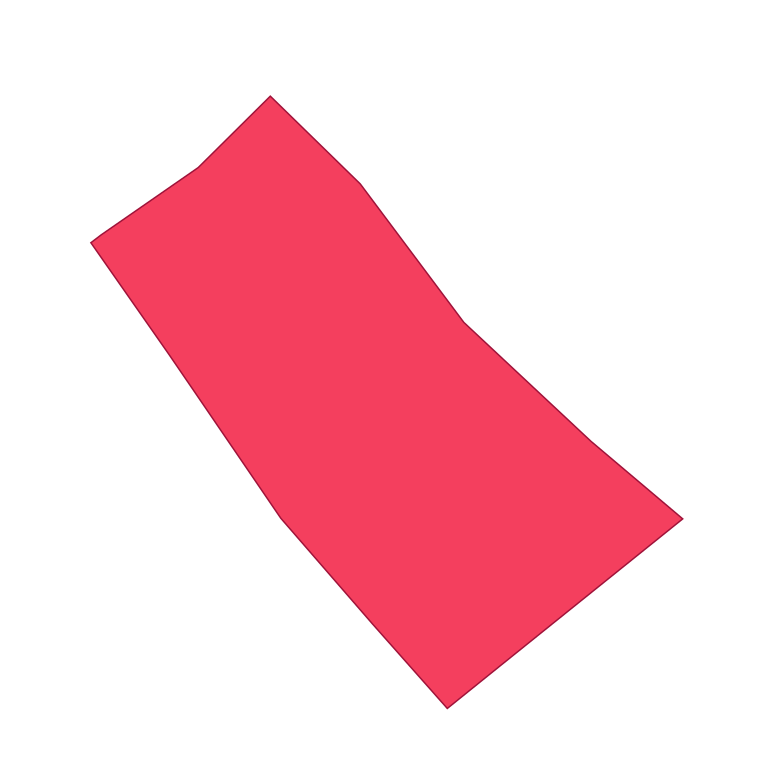 Bragadiru, Romania (Equal Earth projection), rotated 234°
{"feature_id": "2599482B35029885284970", "entity_name": "Bragadiru", "entity_type": "district", "adm_level": 2, "iso_a3": "ROU", "parent_name": "Romania", "parent_adm1": "", "projection": "equal_earth", "projection_center": [25.519, 43.655], "detail": "fine", "context": "isolated", "style": "filled", "palette": "rose", "viewbox_px": 768, "rotation_deg": 234, "n_neighbors": 0, "source": "geoboundaries", "source_scale": "gbopen_adm2", "svg_char_len": 360}
<svg xmlns="http://www.w3.org/2000/svg" viewBox="0 0 768 768"><g transform="rotate(234 384 384)"><path d="M683.7,461.2L668.3,360.9L670.9,243.0L670.6,229.9L534.5,227.4L495.3,226.3L336.0,221.6L196.1,233.7L84.3,244.5L87.7,312.0L99.3,546.4L215.8,517.8L386.9,484.8L408.5,484.5L559.8,482.4L683.7,461.2Z" fill="#f43f5e" stroke="#9f1239" stroke-width="1.5"/></g></svg>